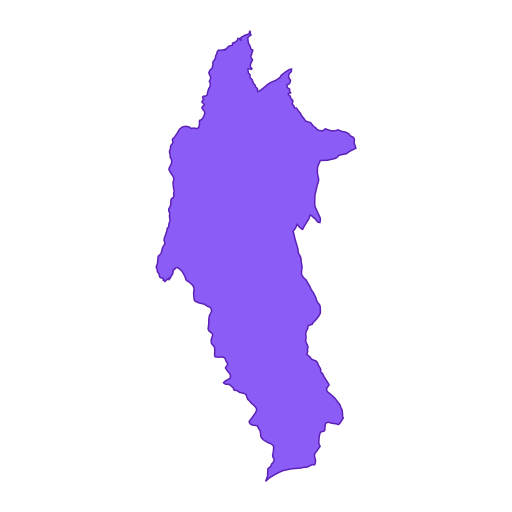 outline of Chinácota, Norte de Santander, Colombia
{"feature_id": "7082276B37523182527057", "entity_name": "Chinácota", "entity_type": "district", "adm_level": 2, "iso_a3": "COL", "parent_name": "Colombia", "parent_adm1": "Norte de Santander", "projection": "albers", "projection_center": [-72.587, 7.578], "detail": "fine", "context": "isolated", "style": "filled", "palette": "violet", "viewbox_px": 512, "rotation_deg": 0, "n_neighbors": 0, "source": "geoboundaries", "source_scale": "gbopen_adm2", "svg_char_len": 6003}
<svg xmlns="http://www.w3.org/2000/svg" viewBox="0 0 512 512"><path d="M355.9,148.2L354.1,142.8L354.4,140.1L354.2,138.6L353.2,137.3L350.0,135.6L348.8,133.7L345.3,132.0L342.4,131.6L337.9,129.8L335.3,130.8L331.9,130.8L330.3,130.6L325.3,128.8L322.2,131.1L320.9,130.6L318.8,130.4L317.2,129.5L315.6,127.7L313.7,126.5L310.5,122.6L305.7,121.1L303.2,117.5L302.1,116.5L300.2,113.0L298.2,110.7L296.8,108.4L296.3,108.0L295.0,108.2L294.5,107.8L294.1,106.3L292.2,103.9L292.8,101.8L292.7,100.3L290.9,98.5L290.1,95.9L289.2,95.6L288.3,94.2L288.4,93.6L289.1,93.2L290.3,93.1L290.6,92.7L289.5,90.9L289.7,89.1L287.5,87.8L286.8,85.1L287.2,84.6L288.4,84.3L289.5,83.6L290.5,81.1L290.4,80.0L289.1,78.5L288.6,76.2L289.2,73.5L290.8,72.3L291.4,71.2L291.6,69.1L289.6,69.4L285.7,71.8L281.1,75.4L280.5,76.8L278.5,78.6L276.0,80.2L270.7,82.5L267.5,84.5L263.0,88.4L260.1,90.5L257.9,91.6L257.4,90.5L257.5,89.1L257.2,88.4L255.9,87.3L255.1,85.2L253.5,83.4L252.1,79.5L249.9,77.7L250.1,74.9L248.4,72.8L247.9,69.8L248.0,69.0L248.7,68.7L251.4,69.4L251.9,69.0L251.8,68.5L250.4,66.9L250.4,64.3L252.5,60.0L252.4,59.5L250.9,57.6L250.9,56.9L251.0,55.5L251.7,54.4L251.7,53.1L252.7,51.2L252.7,50.3L252.5,49.8L251.2,49.4L250.7,48.7L250.3,46.7L248.4,42.9L247.8,38.9L248.0,37.2L249.6,35.9L250.8,35.4L251.0,35.0L250.3,33.5L250.3,32.4L249.8,30.7L249.3,33.1L248.9,33.9L244.2,35.5L243.5,36.2L241.4,37.1L240.8,37.9L241.1,39.7L240.8,40.2L240.3,40.0L239.3,38.5L238.0,38.3L237.2,40.4L236.5,41.2L234.2,42.6L232.6,43.1L232.5,44.9L232.3,45.2L228.6,46.3L225.5,49.7L225.0,50.0L224.8,49.4L224.2,49.8L223.2,49.8L221.4,50.3L218.7,50.1L217.6,51.1L217.0,52.4L216.7,54.0L215.9,55.3L215.0,59.3L213.1,61.5L212.8,62.8L213.1,64.7L212.5,66.0L212.4,67.3L212.1,68.1L210.1,70.0L208.9,72.4L208.9,73.2L210.8,77.6L210.1,80.0L209.4,81.0L209.4,81.6L210.4,83.7L210.2,85.7L209.7,87.1L208.7,88.6L207.5,92.7L207.3,94.7L205.6,96.1L203.4,96.2L202.6,97.0L202.8,98.3L203.7,99.1L203.8,99.5L202.3,100.9L201.9,102.0L204.1,104.3L204.3,104.9L202.5,106.5L201.9,107.9L202.9,109.6L204.5,111.4L204.8,112.8L204.0,115.8L203.0,117.7L201.5,119.6L200.9,120.0L200.0,120.1L199.5,120.6L199.4,124.7L198.7,127.5L197.6,128.4L196.5,128.5L194.0,128.1L190.9,128.3L189.5,127.1L186.7,126.4L184.1,126.5L181.8,127.3L179.4,129.4L177.4,132.9L174.3,137.5L172.7,138.8L172.4,140.0L172.9,141.8L172.8,143.1L170.7,145.8L170.3,149.1L169.5,151.0L169.5,152.2L170.3,155.5L170.1,157.0L171.5,159.7L171.7,162.0L171.3,163.7L169.1,168.3L168.9,169.5L170.2,172.2L172.6,175.6L173.8,178.1L173.7,180.0L173.0,182.8L173.5,188.2L174.2,191.0L173.6,193.5L173.9,195.8L173.5,197.2L171.2,199.0L170.8,201.5L170.7,204.8L170.1,206.6L168.8,208.7L168.8,211.1L169.8,213.2L169.4,216.0L170.1,220.5L168.9,223.9L168.7,226.6L167.2,228.5L166.9,230.6L165.8,234.1L164.2,238.6L164.1,240.4L164.8,242.7L164.8,243.9L162.6,247.5L161.0,253.6L158.2,256.3L157.4,263.8L156.1,267.1L157.2,269.4L157.4,271.8L159.0,273.8L159.8,277.1L160.4,277.5L163.2,278.6L163.5,278.9L163.2,279.0L163.4,280.4L164.0,280.4L164.6,281.4L166.3,280.5L166.7,279.6L168.0,279.1L168.8,278.2L169.2,279.5L169.3,279.4L172.6,274.0L173.1,271.8L173.1,270.1L174.7,269.4L175.3,268.0L177.0,267.4L179.4,268.8L181.5,270.7L182.7,272.4L184.9,276.4L186.0,279.8L187.2,281.0L188.6,281.6L192.1,284.6L193.5,286.8L194.0,288.0L194.0,289.4L193.6,293.4L194.0,297.6L194.3,300.1L195.1,301.2L199.2,303.0L204.1,304.1L207.7,306.3L210.3,307.4L211.0,308.4L211.6,311.0L211.3,312.1L209.5,315.3L208.8,318.9L208.7,324.2L208.1,329.0L208.8,330.8L212.0,333.3L212.7,334.8L212.5,335.9L211.2,339.5L211.2,342.5L211.6,343.6L214.3,346.9L214.8,349.6L214.6,355.0L214.9,356.3L215.2,356.9L219.0,357.2L221.3,357.0L222.8,357.2L224.2,357.6L225.1,358.5L226.0,361.1L227.4,363.1L227.6,364.1L227.2,365.3L225.5,367.6L225.5,368.1L228.0,371.7L229.2,372.9L230.4,375.1L230.3,377.6L229.8,378.5L225.5,380.8L223.5,382.7L224.0,383.3L225.9,384.3L229.1,384.4L229.8,384.9L233.3,387.9L233.5,389.0L234.3,390.2L237.0,390.6L239.6,392.4L244.4,393.5L246.0,394.6L247.7,399.3L249.2,400.6L251.0,402.8L254.7,406.1L255.7,407.3L256.6,409.0L256.4,410.6L255.8,412.3L251.7,418.2L249.5,420.8L249.2,422.3L250.8,424.4L251.8,424.9L256.9,425.7L257.5,426.1L258.3,428.0L260.2,431.0L260.9,436.5L261.5,438.0L264.0,440.3L268.2,442.7L271.1,443.8L273.1,445.5L273.7,446.9L273.3,452.0L272.6,455.2L272.8,456.7L274.0,459.1L274.0,460.8L272.9,462.8L271.5,464.1L270.8,466.3L267.9,468.8L267.5,476.3L265.6,481.3L269.1,478.1L274.9,474.5L279.4,472.2L283.4,470.5L291.4,468.8L301.2,468.0L303.1,467.4L306.7,467.2L308.7,466.4L311.8,464.8L314.5,464.8L315.0,464.1L315.5,461.7L315.4,459.5L314.5,456.2L314.6,454.0L320.1,446.4L319.0,443.9L318.8,441.5L319.3,436.1L319.9,433.7L320.3,432.6L321.4,431.8L324.0,431.1L324.7,430.5L325.2,424.9L325.7,423.5L326.6,422.6L328.6,422.3L331.7,423.2L336.4,423.9L338.3,424.6L339.7,423.5L343.3,418.0L342.6,416.6L342.5,413.2L342.1,410.1L340.7,407.1L339.9,404.7L334.7,398.0L330.6,394.2L327.7,392.0L326.6,390.2L326.7,388.6L327.2,387.5L328.9,385.3L329.0,384.5L324.0,376.7L322.6,373.6L320.6,371.8L320.7,369.4L320.4,368.6L318.5,365.3L317.4,362.5L315.6,360.7L313.9,360.3L311.3,358.9L310.0,357.0L307.3,354.7L306.9,354.1L307.7,351.5L307.4,348.6L307.9,348.0L308.0,347.4L307.8,346.3L306.1,342.3L305.6,339.9L306.1,337.9L305.7,333.9L306.2,331.4L307.7,328.6L307.9,325.9L312.2,324.2L313.4,322.2L316.5,319.2L317.5,317.6L318.3,316.9L320.3,313.3L320.4,310.9L320.2,306.5L319.5,304.6L318.0,303.0L316.5,300.1L315.8,297.7L313.8,293.5L311.0,289.2L309.9,286.5L306.1,280.0L303.4,277.5L301.9,275.1L301.5,274.0L301.5,272.0L302.1,266.7L301.2,261.9L300.9,258.1L300.3,256.4L298.5,253.3L297.7,248.1L295.1,239.4L293.8,233.6L293.0,231.4L295.5,228.1L297.2,224.4L299.3,227.0L302.1,229.3L302.6,229.4L304.5,225.8L308.9,218.8L309.7,216.0L310.4,215.0L311.2,215.8L312.5,216.2L313.2,217.5L314.8,218.4L317.8,222.1L319.9,222.6L320.4,220.0L320.2,217.9L315.1,206.8L314.7,203.7L314.9,195.4L317.3,185.0L318.4,181.7L318.7,179.4L317.4,173.2L317.4,168.1L317.9,166.2L320.2,160.7L320.4,160.5L327.2,160.3L335.1,158.5L336.8,157.6L339.1,155.2L346.5,153.7L349.7,151.3L355.9,148.2Z" fill="#8b5cf6" stroke="#5b21b6" stroke-width="1.5"/></svg>